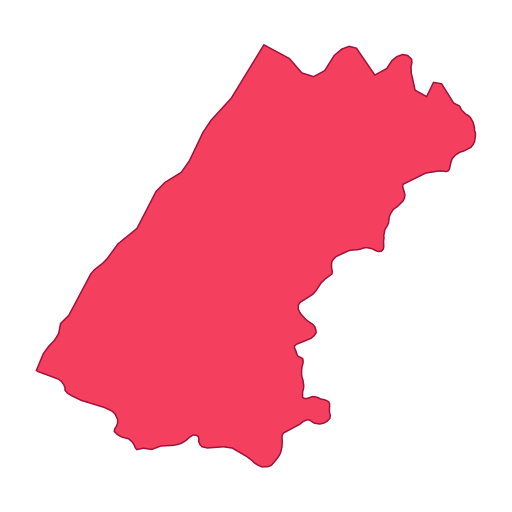 an SVG outline of Castellón, rotated 179°
{"feature_id": "ESP-5814", "entity_name": "Castellón", "entity_type": "Autonomous Community", "adm_level": 1, "iso_a3": "ESP", "parent_name": "Spain", "parent_adm1": "", "projection": "robinson", "projection_center": [-0.258, 40.248], "detail": "fine", "context": "isolated", "style": "filled", "palette": "rose", "viewbox_px": 512, "rotation_deg": 179, "n_neighbors": 0, "source": "natural_earth", "source_scale": "10m", "svg_char_len": 2744}
<svg xmlns="http://www.w3.org/2000/svg" viewBox="0 0 512 512"><g transform="rotate(179 256 256)"><path d="M477.6,145.4L475.6,150.0L470.4,162.0L464.6,169.6L459.0,175.2L454.7,181.8L452.6,191.9L444.2,199.9L421.6,240.8L417.9,245.0L409.2,251.6L404.9,255.9L393.8,270.5L374.5,285.7L354.8,322.3L345.8,331.2L329.3,340.9L320.9,352.4L306.8,380.7L298.4,392.7L278.0,414.2L244.4,467.0L219.1,452.8L207.0,438.3L195.2,434.3L184.1,440.1L174.3,455.1L166.7,461.4L159.1,464.0L151.9,462.0L134.0,434.8L122.0,441.2L116.7,449.0L111.7,452.9L106.0,454.9L100.9,453.9L97.0,450.1L96.7,446.7L97.7,442.6L97.6,436.6L94.0,419.0L82.6,412.4L75.5,426.5L67.5,425.0L55.6,405.4L49.9,402.4L47.9,398.4L44.1,394.4L41.5,392.9L39.3,390.9L36.5,385.7L35.3,380.1L35.3,377.5L34.4,375.1L34.5,372.4L35.5,366.4L37.0,363.6L39.2,360.9L46.7,357.2L50.2,356.3L54.4,353.7L55.3,353.0L58.2,349.8L59.5,346.2L61.0,339.8L62.2,337.8L64.6,337.1L67.1,337.6L72.6,337.7L85.0,335.9L107.7,325.1L108.2,322.8L106.6,317.3L106.0,314.3L106.6,311.2L108.0,308.5L113.4,303.3L117.9,300.2L120.6,296.1L122.1,292.8L122.9,286.6L124.3,283.8L126.6,280.3L127.9,274.3L127.7,271.5L128.2,268.8L128.1,263.1L128.7,260.5L130.6,258.5L133.8,258.4L136.7,259.5L139.7,261.2L144.6,262.4L146.4,262.4L148.9,261.9L151.7,261.0L154.7,260.5L160.7,260.2L163.7,259.5L175.6,254.2L178.2,251.9L180.3,249.1L180.7,245.0L180.5,241.9L179.9,239.1L180.5,236.6L187.5,231.6L191.5,227.8L196.7,220.1L199.8,216.8L212.6,208.9L214.4,206.5L214.7,202.6L213.6,199.5L211.7,196.7L207.7,192.1L205.5,190.2L200.5,186.7L198.5,184.3L197.5,181.3L197.1,178.4L199.1,175.5L202.4,172.7L217.4,166.9L219.1,165.3L219.0,163.1L217.9,160.7L216.4,155.8L216.0,155.3L211.1,152.6L210.7,150.3L210.9,147.7L211.8,145.0L212.3,142.2L212.5,136.5L212.0,133.7L211.2,131.0L210.5,125.4L210.9,122.4L211.8,119.2L211.9,113.9L209.9,112.6L207.4,112.7L201.9,114.5L199.0,114.1L196.2,113.3L193.8,111.8L191.0,111.4L188.3,110.4L185.9,109.0L184.9,106.6L185.3,101.0L185.2,98.1L184.5,95.3L185.0,92.4L187.8,89.5L191.3,87.7L195.2,86.9L200.5,87.8L205.8,91.3L208.6,91.1L212.3,89.3L215.0,87.1L231.5,78.6L233.0,76.2L233.2,73.4L233.0,70.5L233.4,64.4L234.9,58.7L236.4,56.0L238.1,53.5L244.2,46.5L247.7,45.2L253.6,45.0L258.0,47.0L261.2,49.1L263.5,51.5L268.5,55.5L283.2,64.4L291.8,65.8L307.9,64.9L313.3,66.2L315.4,68.6L316.6,71.6L316.4,74.3L317.0,76.7L319.2,77.9L322.0,78.1L325.7,75.9L328.3,73.5L331.1,71.6L333.9,70.1L337.6,68.9L342.2,68.1L354.5,67.7L363.6,64.4L372.0,65.8L378.6,64.5L380.0,66.3L381.0,68.9L382.8,72.0L386.5,75.4L393.6,77.4L397.7,79.9L400.8,83.0L400.3,85.6L398.7,87.9L397.4,91.0L397.1,94.7L399.6,100.4L402.6,103.4L410.2,107.2L433.3,114.7L443.3,119.8L447.1,122.3L449.3,125.1L449.3,127.7L450.5,130.8L452.8,134.1L455.6,136.3L476.1,144.3L477.6,145.4Z" fill="#f43f5e" stroke="#9f1239" stroke-width="1.5"/></g></svg>